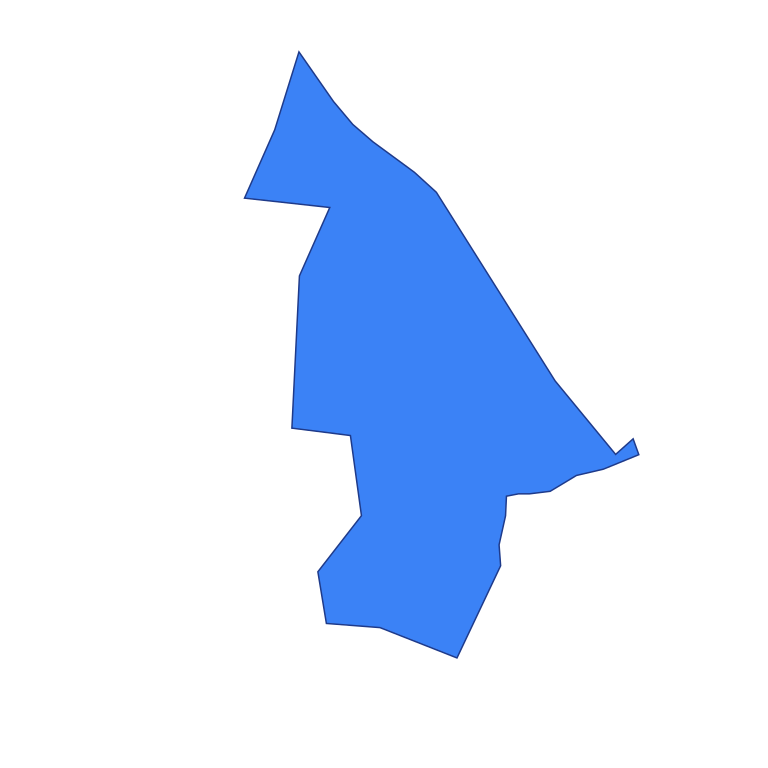 outline of Baltinavas, rotated 303°
{"feature_id": "LVA-5743", "entity_name": "Baltinavas", "entity_type": "Municipality", "adm_level": 1, "iso_a3": "LVA", "parent_name": "Latvia", "parent_adm1": "", "projection": "albers", "projection_center": [27.602, 56.934], "detail": "fine", "context": "isolated", "style": "filled", "palette": "blue", "viewbox_px": 768, "rotation_deg": 303, "n_neighbors": 0, "source": "natural_earth", "source_scale": "10m", "svg_char_len": 543}
<svg xmlns="http://www.w3.org/2000/svg" viewBox="0 0 768 768"><g transform="rotate(303 384 384)"><path d="M616.2,131.8L593.4,187.8L584.7,216.4L581.1,242.6L578.1,294.2L573.3,323.5L479.8,525.8L451.1,616.6L473.7,622.8L463.5,636.2L432.1,614.4L412.1,595.2L384.5,581.8L371.1,565.8L365.2,556.7L356.6,547.8L339.7,557.7L311.8,568.1L295.1,580.8L194.0,594.4L177.5,513.3L151.8,466.1L190.5,430.8L261.3,436.8L322.5,383.9L296.8,330.8L428.6,254.2L502.5,242.4L463.9,165.8L537.7,153.9L616.2,131.8Z" fill="#3b82f6" stroke="#1e3a8a" stroke-width="1.5"/></g></svg>